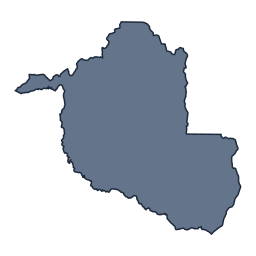 Rondônia, Natural Earth projection
{"feature_id": "BRA-595", "entity_name": "Rondônia", "entity_type": "State", "adm_level": 1, "iso_a3": "BRA", "parent_name": "Brazil", "parent_adm1": "", "projection": "natural_earth1", "projection_center": [-63.452, -10.832], "detail": "fine", "context": "isolated", "style": "filled", "palette": "slate", "viewbox_px": 256, "rotation_deg": 0, "n_neighbors": 0, "source": "natural_earth", "source_scale": "10m", "svg_char_len": 5692}
<svg xmlns="http://www.w3.org/2000/svg" viewBox="0 0 256 256"><path d="M61.6,111.5L62.1,110.0L62.6,109.2L63.8,108.6L64.2,107.7L64.5,105.9L65.1,104.5L64.7,102.9L64.5,100.5L63.6,97.1L63.5,95.6L63.6,94.1L64.5,91.7L64.7,90.9L64.5,90.3L63.3,88.9L62.4,86.0L61.5,85.1L60.9,84.8L59.7,84.9L57.8,86.8L57.1,88.6L56.7,89.1L56.0,89.4L55.5,90.7L54.0,90.3L52.4,88.9L51.3,89.1L51.2,89.0L51.4,87.7L49.7,88.3L49.4,88.1L48.9,86.8L48.4,87.7L48.3,88.7L47.8,88.6L47.4,87.7L46.5,88.6L43.8,88.2L41.8,89.5L41.1,89.6L39.3,88.7L38.8,88.8L38.3,89.5L37.7,89.1L36.0,89.3L33.8,90.6L30.7,91.2L28.2,92.5L25.6,92.5L21.8,93.2L21.2,93.6L15.4,90.7L17.1,89.1L18.1,87.4L19.7,87.4L21.7,85.2L22.9,84.2L25.0,83.5L26.2,82.7L29.4,78.5L29.5,77.2L29.1,75.0L29.3,74.5L29.6,74.4L32.5,74.8L34.1,74.5L35.6,75.0L37.2,75.2L42.1,74.4L43.6,74.5L44.7,75.2L46.4,77.5L47.3,77.9L47.7,78.6L48.9,79.5L49.6,80.6L50.0,80.7L52.5,79.3L52.8,78.9L53.2,77.0L53.4,76.6L56.2,74.8L57.3,74.8L57.9,75.2L58.8,76.3L59.8,76.4L60.0,76.1L60.3,74.6L60.8,74.0L63.5,71.5L67.5,68.8L67.9,69.3L68.0,70.5L68.7,71.4L68.7,72.9L69.0,74.2L70.4,75.5L71.8,75.5L73.1,74.3L74.0,72.4L75.2,71.3L75.6,69.8L76.8,68.5L77.2,67.7L77.3,66.6L76.6,64.3L76.8,63.4L78.6,60.9L81.4,58.8L82.2,58.8L83.9,60.0L87.2,60.3L88.2,60.0L89.4,58.5L90.7,57.7L91.6,57.6L92.3,58.1L93.0,58.2L94.5,56.9L97.7,57.0L99.5,57.5L100.8,56.9L102.3,57.9L102.6,57.7L102.7,57.0L102.1,54.3L102.6,52.4L102.2,51.3L102.1,47.9L102.7,47.5L103.0,47.6L103.6,48.5L104.1,48.6L106.3,47.5L107.3,45.6L108.2,44.5L109.0,42.3L108.9,41.6L108.5,40.9L106.9,39.5L106.7,38.8L106.8,38.0L108.3,36.1L109.1,34.4L109.7,33.8L112.0,33.4L114.8,32.3L114.9,31.6L114.6,30.1L115.0,29.3L115.6,28.9L119.6,28.1L119.9,27.8L120.0,27.1L119.7,24.9L121.3,21.9L141.8,22.2L144.2,22.5L147.3,24.0L149.2,26.2L149.5,26.9L149.5,28.0L150.4,30.1L153.1,32.6L153.5,35.5L156.3,35.0L157.5,35.3L158.6,35.9L159.1,36.6L159.2,37.7L159.9,39.3L161.3,43.7L162.2,44.0L164.2,43.9L165.3,44.4L165.3,45.9L166.0,47.4L166.5,50.3L166.9,51.1L168.3,51.3L170.4,51.9L171.0,52.3L171.6,53.5L172.1,54.0L174.0,54.6L174.6,54.3L175.1,53.7L175.6,50.9L176.1,49.8L176.8,49.5L178.2,49.4L179.6,47.8L180.0,47.6L183.2,48.5L183.5,49.3L183.4,50.7L186.7,53.6L187.4,55.0L187.5,56.1L186.0,59.3L185.2,63.0L185.2,64.2L186.0,66.7L186.0,67.8L184.0,68.4L184.0,69.8L183.4,71.3L183.6,72.2L185.0,73.4L185.2,73.9L185.5,74.6L185.3,76.6L186.3,80.5L187.6,82.9L187.6,83.2L186.8,84.3L186.3,85.8L185.3,86.1L184.9,86.6L185.6,87.7L185.8,89.6L186.3,92.1L185.8,94.4L185.9,96.3L184.7,99.1L184.4,101.7L184.5,102.4L185.2,103.7L184.9,105.6L184.9,106.6L186.3,110.1L187.6,112.0L187.9,113.1L186.8,122.5L187.1,122.9L187.9,123.4L188.0,123.8L187.6,125.7L187.3,126.0L186.6,125.8L186.3,126.4L186.7,129.2L186.2,133.1L186.6,133.9L187.9,134.1L221.0,134.4L221.2,134.6L220.9,135.8L221.2,136.3L223.2,138.4L223.9,138.2L225.2,137.2L225.8,137.2L227.3,138.1L229.0,138.6L230.4,138.2L231.9,138.6L232.9,138.5L235.1,139.7L235.9,141.7L236.5,144.6L237.8,147.8L238.0,148.7L237.4,149.9L236.1,151.0L235.5,152.6L234.6,153.9L232.3,156.0L231.8,156.7L231.6,158.9L231.8,162.2L232.2,164.0L232.3,166.3L232.8,167.8L233.5,168.4L234.8,168.1L235.6,168.6L236.8,172.2L237.2,173.7L238.3,175.6L238.6,176.6L238.6,181.5L239.4,184.0L240.6,186.2L240.6,187.0L237.9,194.9L235.0,198.7L233.6,204.6L231.9,206.8L229.7,207.4L228.6,208.2L226.4,211.3L226.2,211.8L226.2,213.7L223.6,219.4L222.5,225.0L221.8,225.9L219.2,227.4L213.6,231.8L211.5,234.1L209.1,231.9L206.9,230.8L206.1,230.0L202.0,229.3L201.4,228.6L201.4,227.0L201.2,226.7L200.3,227.2L199.0,227.4L198.5,227.8L198.3,228.5L198.0,228.7L195.9,228.6L194.8,228.9L193.7,228.3L191.6,227.7L188.0,229.6L186.6,229.8L185.1,229.4L183.6,228.2L180.5,228.7L179.2,229.4L178.6,229.1L176.7,229.6L175.9,229.5L175.6,229.1L174.8,226.3L173.6,225.4L172.0,223.7L170.6,222.7L170.1,221.7L169.6,221.4L167.2,218.6L167.0,214.9L166.2,214.7L165.5,213.8L165.2,213.7L165.1,214.5L163.9,213.7L161.4,214.6L160.7,214.3L160.4,214.6L160.0,214.7L158.5,214.5L157.7,214.0L157.1,214.0L156.9,213.3L155.6,211.8L152.9,211.7L150.1,210.4L149.8,208.9L148.7,207.9L148.3,208.0L147.6,208.6L146.1,208.9L146.0,209.6L145.4,209.3L144.4,208.3L144.0,207.2L143.0,206.8L140.9,203.5L140.1,203.9L139.0,203.4L138.4,202.1L138.2,200.9L137.0,199.6L137.2,198.7L136.8,198.1L136.6,196.7L136.2,196.2L134.3,195.5L133.3,196.0L132.8,196.8L132.2,196.8L131.1,197.9L128.4,198.1L127.1,197.0L126.0,196.7L124.8,195.6L124.6,195.0L123.8,194.4L123.6,193.3L123.0,192.6L121.2,192.3L119.4,190.7L117.5,189.6L112.9,188.8L110.9,189.3L109.1,192.1L108.5,192.1L107.4,191.4L105.8,191.9L105.1,190.8L103.2,190.8L102.7,190.1L101.9,191.2L101.6,191.1L100.7,190.0L99.6,189.5L98.9,189.6L97.9,190.4L97.3,190.4L97.0,189.2L96.5,189.1L95.2,189.3L93.8,188.9L92.9,187.9L92.0,186.4L90.8,185.7L90.7,185.1L91.3,183.6L91.5,182.0L91.3,181.2L90.8,180.7L90.2,180.6L90.1,180.8L88.9,180.0L87.5,179.8L85.2,178.5L84.4,177.5L84.6,176.5L84.4,175.7L83.8,175.7L83.7,175.9L83.5,177.2L83.1,177.4L82.8,177.2L82.6,176.8L82.9,176.2L81.8,175.0L81.1,173.0L79.5,172.4L78.8,172.7L76.8,172.1L75.4,172.0L74.5,171.6L73.9,170.6L73.9,169.9L74.5,168.8L74.5,168.3L74.2,167.9L73.5,167.6L73.3,167.2L73.2,164.9L72.6,163.7L72.3,162.5L70.7,161.3L70.7,160.1L70.1,160.6L69.8,162.9L69.5,163.2L69.1,163.1L68.1,162.1L67.9,161.5L67.9,160.2L68.3,158.9L68.2,158.0L68.2,157.6L69.0,157.3L68.1,156.5L67.3,156.2L67.2,155.2L67.4,154.1L67.2,153.7L66.1,152.8L65.0,153.2L64.1,152.1L63.0,148.6L63.9,146.5L62.3,145.4L61.9,144.7L61.9,143.8L62.6,143.0L62.8,142.5L61.6,140.9L61.7,140.0L63.4,138.3L63.6,137.6L63.4,135.5L64.7,133.6L64.7,133.1L64.3,132.4L64.1,129.2L63.8,128.7L62.8,127.6L61.5,127.2L61.3,126.7L61.8,125.0L62.1,123.0L61.9,121.9L60.3,120.2L60.5,117.8L60.1,116.6L60.3,115.5L59.8,114.3L60.6,114.1L61.1,113.6L61.9,112.0L61.6,111.5Z" fill="#64748b" stroke="#1e293b" stroke-width="1.5"/></svg>